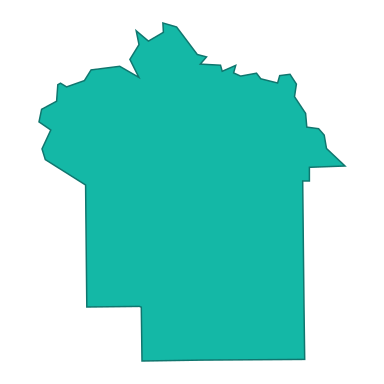 Montgomery, Alabama, United States of America
{"feature_id": "52423323B92545989664473", "entity_name": "Montgomery", "entity_type": "district", "adm_level": 2, "iso_a3": "USA", "parent_name": "United States of America", "parent_adm1": "Alabama", "projection": "robinson", "projection_center": [-86.22, 32.233], "detail": "fine", "context": "isolated", "style": "filled", "palette": "teal", "viewbox_px": 384, "rotation_deg": 0, "n_neighbors": 0, "source": "geoboundaries", "source_scale": "gbopen_adm2", "svg_char_len": 758}
<svg xmlns="http://www.w3.org/2000/svg" viewBox="0 0 384 384"><path d="M84.4,80.6L66.6,86.9L60.5,83.2L57.8,84.7L56.6,101.2L41.6,109.3L39.0,121.9L50.8,130.0L42.0,148.9L45.3,159.6L85.6,185.0L85.8,206.6L85.8,207.2L86.8,307.0L139.5,306.4L141.3,307.2L142.0,361.0L200.8,360.1L304.7,359.4L304.0,306.8L303.4,249.7L302.7,181.0L309.4,181.0L309.4,167.3L345.0,166.0L326.5,148.5L324.2,135.1L318.6,128.7L306.8,127.1L305.6,113.4L294.5,96.7L296.4,84.1L290.0,74.3L279.7,75.6L277.6,83.0L260.8,78.8L256.5,73.2L240.6,76.1L233.6,72.9L235.7,65.4L222.2,71.3L220.5,65.2L200.3,64.1L206.5,56.9L197.3,54.5L176.6,27.0L162.9,23.0L163.4,32.3L148.4,41.1L136.2,30.8L139.0,44.6L129.9,59.4L138.9,77.4L119.7,66.3L91.1,69.9L84.4,80.6Z" fill="#14b8a6" stroke="#0f766e" stroke-width="1.5"/></svg>